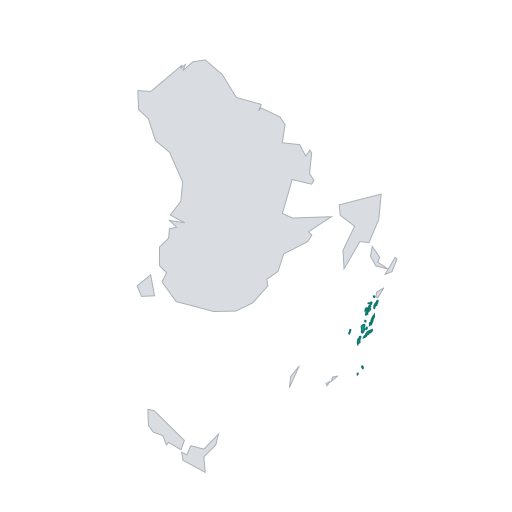 location of Solomon Islands within Oceania, rotated 79°
{"feature_id": "SLB", "entity_name": "Solomon Islands", "entity_type": "country or territory", "adm_level": 0, "iso_a3": "SLB", "parent_name": "Oceania", "parent_adm1": "", "projection": "albers", "projection_center": [159.585, -9.221], "detail": "fine", "context": "in_parent", "style": "filled", "palette": "teal", "viewbox_px": 512, "rotation_deg": 79, "n_neighbors": 5, "source": "natural_earth", "source_scale": "50m", "svg_char_len": 5847}
<svg xmlns="http://www.w3.org/2000/svg" viewBox="0 0 512 512"><g transform="rotate(79 256 256)"><path d="M219.1,121.3L243.5,128.5L264.4,142.5L261.7,151.3L285.4,172.0L267.1,169.5L245.6,153.6L232.1,165.5L221.6,164.6L219.1,121.3ZM297.3,125.5L298.7,132.9L283.9,119.7L285.7,118.1L297.3,125.5ZM288.7,140.2L278.2,143.7L268.8,140.1L280.8,134.8L285.3,137.7L294.0,128.8L288.7,140.2ZM311.6,136.5L320.1,144.4L319.2,146.2L314.4,144.4L311.6,136.5Z" fill="#d9dde1" stroke="#a8b0b8" stroke-width="1"/><path d="M393.0,207.1L397.0,211.0L394.8,211.8L393.0,207.1ZM393.4,206.1L389.4,203.7L389.4,198.6L393.4,206.1Z" fill="#d9dde1" stroke="#a8b0b8" stroke-width="1"/><path d="M372.1,234.5L391.5,248.3L381.1,245.0L372.1,234.5Z" fill="#d9dde1" stroke="#a8b0b8" stroke-width="1"/><path d="M458.7,347.1L442.6,366.7L434.4,366.3L438.0,361.9L429.8,356.2L435.6,344.1L423.7,326.8L433.9,331.6L443.2,345.5L458.7,347.1ZM388.2,385.6L423.4,361.5L431.9,366.6L422.3,377.3L424.4,380.0L414.6,381.7L409.3,390.4L401.6,393.9L385.9,391.4L388.2,385.6Z" fill="#d9dde1" stroke="#a8b0b8" stroke-width="1"/><path d="M254.3,363.0L275.7,363.2L273.8,376.1L262.7,378.4L254.3,363.0ZM137.8,321.0L123.6,332.6L100.6,335.5L90.0,343.3L71.1,340.4L74.4,327.8L54.4,292.0L57.5,294.4L54.6,288.8L60.1,292.4L53.3,280.9L53.9,268.4L71.2,254.6L96.7,245.0L108.2,222.0L114.1,225.8L111.5,223.0L124.0,206.0L132.7,202.4L149.9,208.6L155.0,191.9L167.5,188.1L162.2,182.9L165.6,181.7L185.3,187.7L192.9,184.6L196.1,187.7L187.9,205.9L219.3,222.0L225.7,212.9L231.8,174.5L242.2,199.9L246.2,197.2L251.7,202.4L259.2,228.4L275.3,237.3L280.9,249.8L287.6,250.0L301.4,268.2L306.2,286.2L302.4,308.2L285.4,343.2L263.4,353.2L255.4,347.0L247.0,352.6L228.8,349.0L221.7,338.3L212.7,335.8L212.7,328.4L204.6,334.2L209.8,319.6L199.4,332.3L187.9,319.3L169.3,313.9L137.8,321.0Z" fill="#d9dde1" stroke="#a8b0b8" stroke-width="1"/><path d="M344.8,162.5L346.3,163.6L346.9,163.5L348.8,163.5L349.9,164.3L350.6,164.6L350.9,165.3L351.4,165.5L351.7,165.8L351.8,166.4L351.7,166.5L351.1,166.8L350.7,166.9L349.6,166.6L348.6,166.2L346.5,166.1L345.5,166.0L345.1,165.8L344.8,165.5L344.3,164.9L344.0,164.2L343.9,163.8L343.9,163.0L344.0,162.7L344.4,162.5L344.8,162.5ZM351.4,156.1L353.0,158.1L353.0,158.4L352.7,158.7L352.7,159.3L352.9,159.6L353.3,159.7L354.1,160.4L354.4,161.3L354.4,161.6L354.7,162.0L354.7,162.8L355.4,164.0L355.5,164.5L355.4,164.8L355.1,164.6L354.3,163.3L353.3,162.7L353.2,162.5L352.2,161.7L351.5,160.4L350.8,158.1L351.2,157.6L350.4,156.5L350.4,156.2L350.7,156.3L351.0,156.2L351.4,156.1ZM345.7,157.6L344.8,157.2L344.1,156.5L342.2,155.7L341.8,155.4L341.4,155.3L340.4,154.7L339.5,154.3L338.9,153.7L338.7,153.5L338.4,153.4L337.8,152.8L337.2,152.4L337.0,151.7L336.4,151.2L338.1,151.4L338.9,152.1L339.7,152.6L339.9,152.9L340.6,153.4L341.2,153.4L341.7,153.8L342.3,154.0L342.7,154.2L345.4,156.2L345.1,156.7L345.5,157.1L345.7,157.6ZM357.7,170.0L358.5,170.4L359.0,170.3L359.7,170.6L360.3,170.4L360.6,170.8L361.4,172.2L361.4,172.6L362.0,172.9L361.5,173.0L360.9,172.8L360.4,172.9L359.8,172.6L358.9,172.5L358.2,172.2L356.5,171.2L356.5,170.7L356.3,170.4L356.2,169.8L355.6,169.6L354.9,169.6L354.9,169.3L355.0,168.7L355.5,168.7L356.1,169.0L357.3,169.7L357.6,169.9L357.7,170.0ZM329.8,149.6L330.0,149.8L329.5,150.2L328.9,150.0L328.7,149.8L328.7,149.6L328.2,149.7L327.3,149.5L326.0,148.6L324.6,146.8L323.2,145.8L323.0,145.5L322.9,145.0L323.1,144.8L323.9,145.0L325.0,145.8L326.8,146.7L327.3,147.1L327.6,148.1L327.9,148.4L328.8,149.2L329.3,149.4L329.6,149.5L329.8,149.6ZM331.7,155.6L332.1,156.2L332.6,157.4L332.5,157.8L332.2,157.8L332.1,158.1L331.6,157.5L331.0,157.4L330.5,157.0L330.4,156.3L330.3,155.8L330.0,155.8L329.0,155.9L328.7,156.3L328.2,156.1L328.1,155.8L328.2,155.5L328.8,155.1L328.9,154.7L329.5,153.9L329.9,153.8L330.6,154.1L330.7,155.1L330.9,155.5L331.7,155.6ZM350.2,179.4L349.7,179.6L349.3,179.5L349.0,179.3L348.8,178.8L348.2,178.5L347.4,178.3L347.1,178.1L346.5,177.9L346.3,177.6L346.3,177.3L346.4,177.2L346.9,177.3L349.4,178.7L349.9,179.1L350.2,179.4ZM324.6,153.6L324.4,153.6L324.2,153.3L324.1,153.2L324.1,152.8L323.4,152.1L323.3,151.7L323.7,151.2L324.2,151.5L324.8,152.0L325.4,152.2L325.2,152.6L324.7,153.2L324.6,153.6ZM327.8,154.8L327.6,154.9L326.9,154.8L326.4,154.2L326.4,153.6L326.8,153.2L327.3,153.1L327.6,153.3L327.9,153.7L328.0,154.2L327.9,154.6L327.8,154.8ZM334.0,158.6L333.3,159.1L332.9,158.9L332.5,158.5L332.6,157.9L332.9,157.8L333.0,157.6L333.2,157.4L334.0,157.6L333.7,158.1L333.9,158.2L333.9,158.3L334.0,158.6ZM386.6,172.8L386.1,172.9L385.9,172.9L385.6,172.9L385.1,173.4L384.8,173.3L384.6,173.3L384.4,172.9L384.4,172.7L384.7,172.8L384.9,172.4L385.2,172.2L385.9,172.1L386.6,172.3L386.8,172.4L386.6,172.7L386.6,172.8ZM356.6,164.9L356.7,165.6L356.7,165.8L356.2,165.3L355.9,165.5L355.7,165.3L355.7,164.7L355.8,164.1L355.7,163.7L355.4,163.1L355.7,163.2L356.6,164.9ZM329.2,158.8L328.9,158.7L328.1,157.8L328.2,157.5L328.9,156.9L329.2,156.8L329.4,157.2L329.2,157.7L329.0,157.9L328.9,158.4L329.2,158.8ZM347.6,160.6L347.9,160.7L348.1,160.7L348.6,161.1L349.1,161.6L348.9,161.9L348.4,161.7L348.3,161.8L348.2,161.8L348.1,161.5L347.6,161.2L347.1,161.2L347.1,160.9L347.6,160.6ZM341.1,161.5L340.7,161.4L340.3,161.4L340.1,161.2L340.4,160.8L340.7,160.6L340.9,160.7L341.0,160.8L341.4,160.9L341.4,161.3L341.1,161.5ZM318.9,148.1L318.2,148.3L317.8,148.1L318.0,147.5L318.2,147.3L319.1,147.7L318.9,148.1ZM344.4,157.4L344.1,157.5L343.6,157.2L343.4,157.0L343.5,156.7L343.8,156.5L344.1,156.8L344.1,157.0L344.4,157.4ZM391.7,179.0L391.2,179.0L390.9,179.0L390.6,178.4L390.8,178.3L391.3,178.4L391.4,178.7L391.7,179.0ZM330.9,159.1L330.9,159.3L330.5,159.3L329.7,158.9L329.7,158.7L330.1,158.7L330.5,158.7L330.8,158.9L330.9,159.1ZM324.0,155.2L324.0,155.4L323.6,154.6L323.6,154.2L323.7,153.9L323.8,153.8L324.1,154.7L324.0,155.2ZM334.6,159.5L334.4,159.5L334.3,159.3L334.6,158.5L334.8,159.1L334.9,159.3L334.6,159.5Z" fill="#14b8a6" stroke="#0f766e" stroke-width="1.5"/></g></svg>